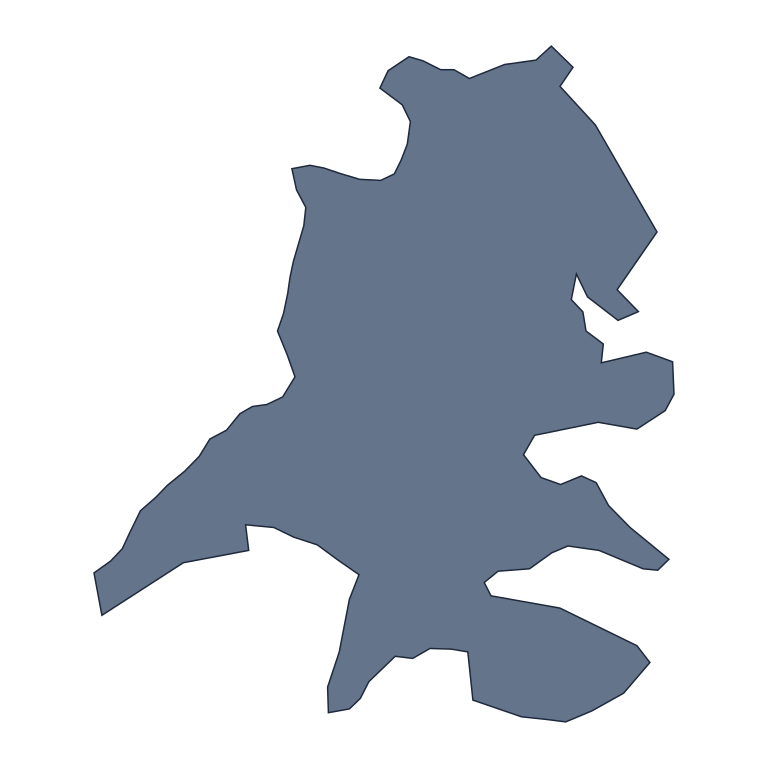 outline of Rodeio Bonito, Rio Grande do Sul, Brazil
{"feature_id": "56859067B52959959308117", "entity_name": "Rodeio Bonito", "entity_type": "district", "adm_level": 2, "iso_a3": "BRA", "parent_name": "Brazil", "parent_adm1": "Rio Grande do Sul", "projection": "natural_earth1", "projection_center": [-53.173, -27.461], "detail": "fine", "context": "isolated", "style": "filled", "palette": "slate", "viewbox_px": 768, "rotation_deg": 0, "n_neighbors": 0, "source": "geoboundaries", "source_scale": "gbopen_adm2", "svg_char_len": 1522}
<svg xmlns="http://www.w3.org/2000/svg" viewBox="0 0 768 768"><path d="M379.9,88.1L402.2,104.8L410.4,121.6L407.3,144.1L401.1,160.2L394.3,173.9L380.7,180.4L359.5,179.3L339.2,173.2L324.2,168.1L310.0,165.3L291.9,168.7L296.5,189.9L305.8,207.4L303.8,225.8L298.7,243.2L293.3,261.7L290.0,277.4L287.7,293.5L283.5,313.6L277.5,331.0L287.1,354.6L295.0,376.8L282.6,397.0L266.8,404.5L252.4,406.5L239.9,413.7L226.6,430.1L209.9,439.0L199.2,456.4L184.8,471.1L167.2,485.5L155.7,497.4L140.4,510.8L129.6,533.0L122.3,548.7L110.7,561.0L94.0,572.9L101.9,615.3L183.4,562.7L248.7,550.4L245.6,524.8L273.9,527.5L293.6,537.1L317.4,544.9L336.9,559.3L359.0,574.7L349.4,599.3L339.2,652.2L327.6,687.1L328.4,712.7L349.4,708.9L360.4,698.3L368.9,681.6L395.2,656.3L412.7,658.4L429.9,648.5L451.1,649.1L467.8,651.9L472.9,700.1L521.5,716.8L547.0,719.5L565.7,721.9L591.7,711.0L623.6,693.2L649.9,662.5L636.9,645.7L560.0,608.1L510.5,599.3L491.0,595.8L484.2,582.5L498.1,571.2L529.5,568.8L551.8,552.8L567.9,546.0L599.0,550.4L643.1,568.8L657.8,570.2L668.9,559.3L630.1,527.5L608.6,505.6L596.2,482.7L581.5,475.9L560.6,484.5L541.1,477.6L523.5,454.7L534.6,435.3L598.2,422.3L636.9,429.1L665.2,410.6L674.0,394.2L672.6,361.8L646.3,352.2L601.3,362.8L603.3,344.0L586.0,331.0L582.9,311.9L571.3,299.6L576.4,274.0L587.5,296.9L618.0,320.4L638.4,311.6L617.1,289.7L657.0,232.0L595.4,125.0L560.0,86.4L573.0,67.3L551.3,46.1L536.0,60.1L504.6,64.5L469.3,78.5L454.0,69.7L440.7,69.7L422.9,60.8L409.0,56.7L388.1,70.7L379.9,88.1Z" fill="#64748b" stroke="#1e293b" stroke-width="1.5"/></svg>